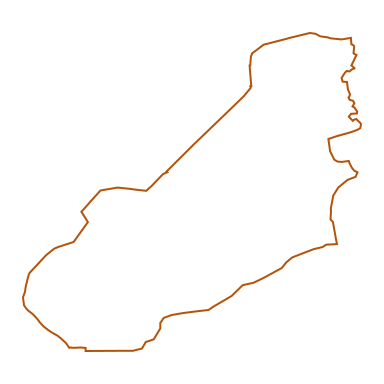 outline of Fuamah, Bong, Liberia
{"feature_id": "62588387B99058243343156", "entity_name": "Fuamah", "entity_type": "district", "adm_level": 2, "iso_a3": "LBR", "parent_name": "Liberia", "parent_adm1": "Bong", "projection": "orthographic", "projection_center": [-10.257, 6.963], "detail": "fine", "context": "isolated", "style": "outline", "palette": "amber", "viewbox_px": 384, "rotation_deg": 0, "n_neighbors": 0, "source": "geoboundaries", "source_scale": "gbopen_adm2", "svg_char_len": 2758}
<svg xmlns="http://www.w3.org/2000/svg" viewBox="0 0 384 384"><path d="M249.6,65.4L249.9,69.4L251.3,86.5L250.9,86.7L250.4,86.6L250.5,86.9L250.5,88.1L243.6,96.4L219.2,120.0L210.6,128.2L209.0,129.8L193.7,144.5L169.5,168.6L166.4,171.7L167.2,172.3L162.9,174.2L151.5,186.1L146.2,190.8L145.0,190.7L135.3,189.6L129.6,188.8L117.6,187.6L106.2,189.5L100.4,190.5L99.8,191.2L95.2,196.3L90.5,201.5L89.3,202.9L86.5,206.1L82.0,211.1L81.4,211.8L84.8,217.2L85.4,218.1L87.9,222.1L76.3,238.2L75.9,238.8L73.7,241.9L73.6,242.0L58.1,247.0L54.2,248.7L51.5,250.8L46.0,255.3L29.5,273.0L28.7,274.8L28.5,275.6L28.3,276.5L28.0,277.4L25.8,286.2L25.0,291.8L23.0,297.3L23.6,302.2L23.8,303.2L24.0,305.2L26.0,308.2L28.1,310.5L29.2,311.4L31.9,313.4L35.3,316.7L37.1,318.8L38.1,320.0L39.5,322.0L43.4,326.3L48.9,330.6L53.0,333.2L57.4,335.6L60.4,338.0L64.4,341.6L66.0,343.1L67.2,344.8L69.2,347.8L70.8,347.4L71.3,347.7L74.6,347.8L80.9,347.5L81.8,347.6L85.6,347.9L85.6,351.0L104.0,350.9L111.4,350.9L118.9,350.8L132.4,350.8L132.9,350.8L142.0,348.5L145.8,342.0L149.2,340.9L149.7,340.7L153.8,339.3L160.0,328.9L160.3,328.3L160.3,327.5L160.3,322.9L160.9,322.1L163.7,317.9L167.3,316.6L171.7,315.0L175.9,314.3L183.4,313.0L198.5,311.1L202.2,310.7L208.4,310.0L212.8,307.1L213.2,306.8L214.5,306.0L231.7,295.9L233.3,294.3L242.7,285.2L248.3,283.9L253.4,282.8L255.5,281.8L264.4,277.5L278.3,269.9L281.8,268.0L286.3,262.3L288.3,260.7L292.3,257.4L301.5,253.8L307.8,251.4L309.4,250.8L313.8,249.1L322.7,247.0L326.1,244.7L337.0,244.1L335.8,238.3L335.6,237.1L333.9,227.5L333.0,222.2L330.5,219.4L331.0,211.2L330.8,208.4L333.0,197.2L333.1,196.7L333.2,195.7L338.3,187.5L341.2,185.1L347.5,179.9L355.6,176.8L357.5,172.3L354.2,170.6L351.9,167.8L349.7,163.6L348.8,161.0L341.8,161.9L337.6,161.6L334.3,159.7L332.3,155.7L330.1,151.2L328.4,139.0L336.0,136.4L338.4,135.7L349.6,132.6L356.5,130.2L357.7,129.7L359.1,128.8L360.3,128.1L361.0,124.0L360.7,123.6L360.3,123.0L356.1,118.9L354.6,119.6L353.7,119.9L352.8,120.8L350.6,118.6L348.8,116.7L351.1,113.8L356.9,113.5L357.2,111.6L356.9,111.1L355.3,108.8L354.5,107.5L352.5,106.5L354.4,103.2L354.1,102.8L353.0,100.8L349.6,99.8L349.2,98.9L348.9,98.1L348.7,97.7L348.6,97.3L349.4,96.3L350.0,94.4L347.9,89.3L347.4,85.2L347.0,82.0L345.9,81.9L344.4,81.8L342.6,81.6L341.6,77.9L345.0,72.6L345.9,71.8L346.7,70.9L349.4,71.5L349.6,71.4L351.7,69.5L351.9,69.4L354.4,68.4L354.2,67.8L353.4,67.1L351.4,65.5L354.9,58.3L356.2,55.6L356.5,54.9L355.1,54.3L354.3,53.9L353.5,53.2L353.8,50.4L354.2,46.9L354.1,46.1L352.8,44.8L351.4,44.3L350.9,37.9L341.7,39.4L340.3,39.3L331.3,38.4L331.2,38.4L330.4,38.3L327.9,37.4L320.1,36.3L315.6,33.8L309.8,33.0L288.4,38.2L287.3,38.6L263.6,44.7L252.2,53.3L251.9,53.6L251.9,54.1L250.9,56.5L250.3,65.3L249.9,65.3L249.6,65.4Z" fill="none" stroke="#b45309" stroke-width="2"/></svg>